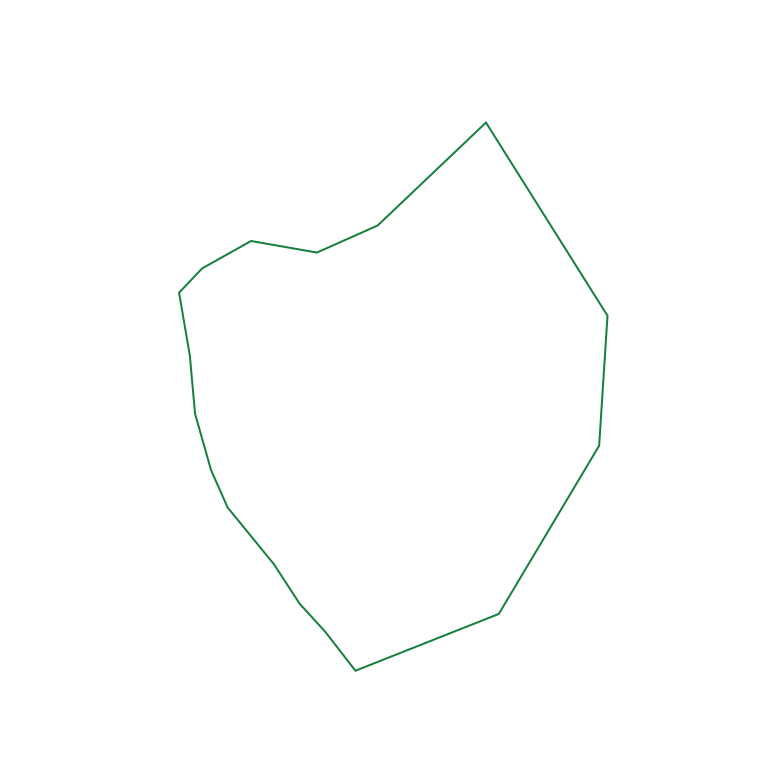 the Federal District of Ciudad de Buenos Aires, rotated 199°
{"feature_id": "ARG-5493", "entity_name": "Ciudad de Buenos Aires", "entity_type": "Federal District", "adm_level": 1, "iso_a3": "ARG", "parent_name": "Argentina", "parent_adm1": "", "projection": "mercator", "projection_center": [-58.418, -34.648], "detail": "fine", "context": "isolated", "style": "outline", "palette": "green", "viewbox_px": 768, "rotation_deg": 199, "n_neighbors": 0, "source": "natural_earth", "source_scale": "10m", "svg_char_len": 382}
<svg xmlns="http://www.w3.org/2000/svg" viewBox="0 0 768 768"><g transform="rotate(199 384 384)"><path d="M317.7,103.6L358.9,130.6L392.1,148.7L429.6,177.9L491.5,216.2L519.5,246.3L553.0,294.4L576.9,347.8L607.5,403.6L593.6,434.1L556.3,475.9L490.3,486.4L441.6,531.8L372.7,664.4L194.9,521.3L160.5,395.7L200.6,204.0L317.7,103.6Z" fill="none" stroke="#15803d" stroke-width="2"/></g></svg>